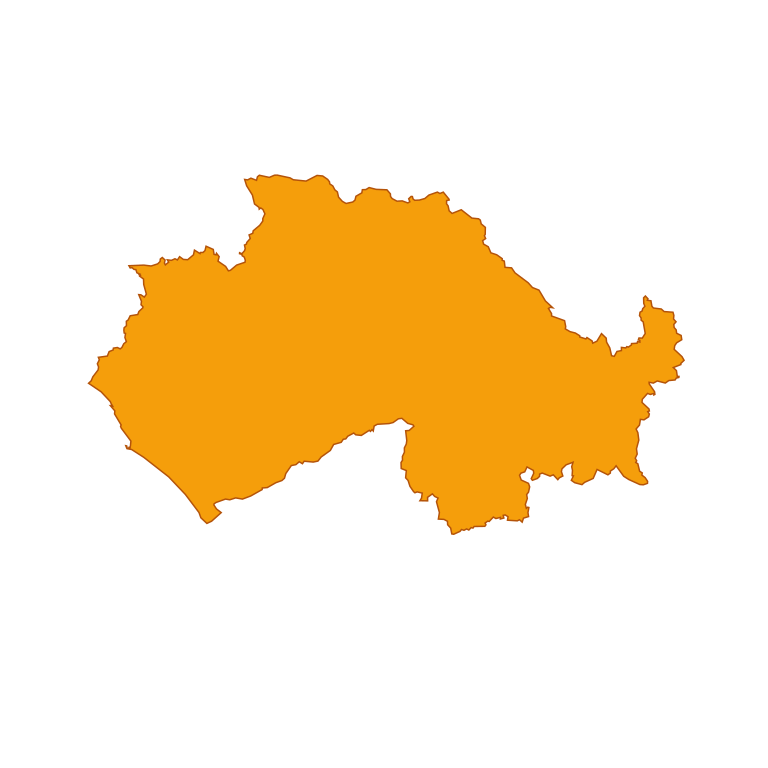 Molise, Campobasso, Italy, rotated 204°
{"feature_id": "23120603B60242334488993", "entity_name": "Molise", "entity_type": "district", "adm_level": 2, "iso_a3": "ITA", "parent_name": "Italy", "parent_adm1": "Campobasso", "projection": "robinson", "projection_center": [14.558, 41.717], "detail": "fine", "context": "isolated", "style": "filled", "palette": "amber", "viewbox_px": 768, "rotation_deg": 204, "n_neighbors": 0, "source": "geoboundaries", "source_scale": "gbopen_adm2", "svg_char_len": 6159}
<svg xmlns="http://www.w3.org/2000/svg" viewBox="0 0 768 768"><g transform="rotate(204 384 384)"><path d="M119.5,527.7L122.9,530.2L133.0,533.7L134.0,537.3L133.4,540.7L130.0,545.6L132.3,549.2L137.3,549.4L139.1,552.3L141.9,553.6L143.5,556.3L142.5,559.6L145.9,561.1L147.1,564.6L149.2,567.1L157.6,564.1L161.2,565.3L168.8,563.0L170.9,564.0L174.0,568.6L177.5,567.6L177.5,569.2L181.0,570.7L181.9,568.3L179.5,563.3L177.3,561.1L178.3,558.0L177.9,555.7L179.3,553.7L178.4,550.4L176.0,548.9L175.1,546.9L172.5,546.2L165.9,536.4L166.7,531.0L169.8,529.7L169.6,527.8L168.0,527.8L167.3,526.3L169.6,525.9L169.4,524.2L174.3,521.6L173.9,520.2L175.8,517.1L177.4,516.9L177.8,515.3L182.0,514.0L180.7,511.1L184.4,508.5L184.9,502.9L187.6,502.4L192.4,508.8L197.7,512.8L199.7,516.3L205.8,518.5L206.9,509.7L209.9,506.2L211.4,508.0L217.5,509.0L217.9,507.3L224.3,506.6L224.8,507.7L229.9,508.4L235.3,507.5L240.8,508.1L241.3,510.3L244.8,515.3L258.6,514.3L259.6,516.5L264.5,519.9L263.2,521.7L260.9,522.3L270.3,525.5L280.6,532.8L287.6,532.5L293.4,535.1L309.5,538.8L314.7,542.0L320.9,539.8L324.1,545.2L326.4,545.1L327.0,546.6L333.6,547.9L339.7,547.3L344.6,551.8L349.9,552.3L352.2,555.1L350.3,558.2L352.6,560.3L352.4,561.9L355.1,568.3L360.3,569.8L362.7,572.9L364.8,573.4L371.2,571.3L384.3,574.6L391.2,567.5L394.9,568.7L397.9,572.8L400.2,574.1L401.4,577.1L399.3,578.6L399.8,579.3L407.9,583.4L410.4,580.8L413.3,581.0L419.8,574.9L422.1,570.1L426.5,566.4L430.7,564.3L432.8,564.9L434.3,566.8L435.5,566.4L436.8,563.3L434.5,561.0L435.9,559.1L441.8,558.7L446.5,556.3L452.0,556.7L454.3,558.0L455.5,560.3L460.3,562.6L470.4,558.6L477.5,557.4L479.6,554.3L482.8,552.7L482.0,549.6L486.0,544.1L485.3,540.2L486.6,537.5L492.1,533.5L496.3,533.9L501.5,536.2L504.7,540.5L507.9,541.4L511.3,544.1L515.0,544.8L516.0,546.5L518.7,548.0L524.6,549.1L530.0,547.3L537.7,537.7L549.9,533.7L553.7,534.1L566.5,531.4L569.0,530.2L572.8,526.1L582.8,524.0L583.9,521.8L583.3,518.2L589.3,517.9L591.6,515.0L594.5,514.2L590.1,509.2L581.1,503.1L575.5,495.8L570.0,494.5L569.1,493.0L568.2,494.7L565.6,494.2L562.0,491.0L562.0,485.8L561.0,483.6L562.1,478.4L565.8,470.8L565.2,468.3L567.9,465.3L565.4,462.5L566.9,457.6L566.6,455.8L568.0,454.2L565.9,451.3L565.6,449.1L566.8,445.2L569.3,445.2L569.0,444.3L566.4,444.6L565.8,443.5L563.3,443.1L561.0,440.6L560.5,438.7L567.0,432.7L570.6,425.3L572.2,424.1L576.5,427.0L585.6,428.7L586.4,433.3L590.2,435.3L589.9,433.7L592.0,433.3L594.7,437.5L602.6,437.5L601.8,433.1L602.8,430.6L605.2,429.5L605.1,428.3L611.6,429.2L610.6,424.5L613.9,417.7L618.0,416.2L622.5,417.2L623.2,413.3L625.9,413.4L628.5,410.5L632.4,409.3L630.3,407.7L632.2,403.9L633.8,405.2L634.4,408.2L638.0,409.4L639.2,407.2L638.4,404.8L639.6,401.7L644.7,397.1L651.8,394.9L665.1,388.3L663.1,386.8L661.4,387.8L659.0,387.0L657.2,387.6L655.0,385.1L651.7,385.1L652.1,384.2L650.7,384.2L651.0,383.1L646.4,382.1L644.0,377.2L637.6,369.4L638.3,365.9L642.4,366.6L644.4,365.9L639.2,360.9L638.2,357.6L635.7,356.6L635.3,355.5L637.4,350.5L637.2,347.3L643.6,343.1L643.8,338.4L644.9,336.5L643.0,332.5L644.3,329.6L643.5,327.3L642.1,324.9L640.7,325.1L639.6,321.1L636.6,317.9L638.1,314.9L638.3,310.7L639.3,308.8L642.4,308.9L645.8,306.7L645.3,304.9L648.3,301.8L648.1,297.0L655.8,292.2L653.9,290.3L654.1,285.9L651.7,283.5L650.9,280.6L652.9,272.1L652.8,267.8L654.2,264.5L639.2,261.8L626.9,256.6L624.4,254.3L625.0,253.6L624.0,254.2L622.8,253.3L624.9,252.8L619.0,250.0L618.0,247.1L607.5,239.7L607.4,238.1L605.9,236.7L592.0,228.9L590.4,224.1L590.5,222.5L591.9,222.2L590.0,222.4L590.0,221.2L592.5,220.9L593.9,222.8L594.8,222.6L592.5,220.4L587.9,221.5L573.6,219.3L542.9,211.6L520.5,202.3L500.7,191.3L496.9,187.3L489.1,184.6L485.7,188.5L480.4,200.3L486.2,201.7L490.2,204.3L490.5,205.4L489.3,207.4L482.0,214.4L477.8,215.5L473.2,219.6L466.5,221.3L460.2,227.5L452.4,238.0L452.9,239.5L448.5,241.9L442.6,249.9L438.0,254.3L436.6,257.4L437.3,262.2L435.5,271.8L431.7,274.5L429.8,278.5L426.1,278.0L425.5,281.0L416.9,283.9L413.0,286.7L411.7,291.8L406.0,301.5L405.4,308.3L399.4,313.3L398.7,317.0L396.6,318.3L395.9,321.5L391.7,326.9L389.1,326.1L383.8,327.8L378.6,335.7L377.1,335.2L376.4,337.5L374.7,336.7L375.9,341.6L373.7,344.5L363.3,349.9L360.0,352.5L356.7,358.1L353.7,359.9L346.3,357.7L341.0,358.5L339.5,357.6L342.1,351.8L345.2,350.1L340.2,341.6L339.2,338.1L339.4,333.9L337.6,330.0L337.7,325.2L336.1,321.9L336.5,319.2L333.9,313.8L328.4,314.0L326.1,307.1L322.8,305.7L318.7,301.1L313.2,297.7L311.5,297.2L309.9,298.9L304.7,299.9L303.3,295.0L303.7,292.0L296.6,295.0L298.1,298.2L295.1,303.3L292.0,301.9L288.2,301.8L288.2,297.8L281.1,289.1L279.4,282.7L274.2,284.7L270.2,284.4L268.6,281.3L264.5,279.5L261.1,274.6L259.2,275.1L254.6,280.3L254.0,282.6L251.4,282.9L249.6,285.2L247.1,285.1L246.0,288.2L244.1,288.6L243.7,290.5L234.0,295.0L233.6,296.8L235.1,298.1L233.5,300.9L232.0,301.2L230.0,306.9L227.1,306.6L223.4,309.5L222.8,308.0L220.0,310.3L221.7,312.5L220.0,313.7L216.7,313.2L215.8,309.8L206.6,313.2L205.0,315.1L201.6,314.0L202.0,318.2L198.0,321.7L200.2,325.1L201.4,330.1L202.6,329.9L203.4,328.3L205.9,331.5L206.5,337.7L208.7,341.0L208.0,344.0L209.1,349.3L211.6,352.0L219.6,352.1L223.1,355.8L222.6,358.3L219.7,361.0L219.6,366.4L212.4,365.8L210.9,363.3L211.0,357.4L209.3,356.4L205.5,360.0L204.3,362.9L205.2,365.0L203.2,367.0L194.8,367.4L192.4,369.9L186.3,367.3L185.7,369.6L183.2,372.7L186.3,376.1L186.9,378.9L184.7,384.3L179.5,389.4L178.9,384.8L176.7,381.8L174.9,376.8L173.6,377.1L173.7,372.2L169.6,371.4L162.2,372.6L160.7,375.8L154.5,382.8L154.6,392.6L142.5,392.1L141.0,394.7L141.8,396.5L139.6,400.0L138.7,403.7L127.5,397.2L121.5,396.3L109.4,396.2L106.1,397.4L102.9,400.4L103.6,402.3L107.4,404.7L111.4,405.7L111.9,407.8L115.0,408.3L119.7,414.4L122.1,414.7L121.9,416.6L124.3,418.4L124.2,423.0L127.0,427.5L128.4,436.4L132.3,442.8L135.4,445.4L133.9,450.4L135.4,456.0L131.9,457.0L128.9,461.7L129.4,464.5L131.8,466.0L130.6,467.3L131.8,469.0L140.8,472.1L141.8,475.1L139.4,482.6L136.4,482.8L133.6,485.2L133.0,483.8L132.3,484.7L133.7,487.0L141.8,492.0L142.5,493.4L138.3,494.4L135.6,497.9L127.4,499.3L125.2,503.0L119.7,506.1L119.4,508.3L117.3,509.9L117.6,510.9L119.2,510.3L122.3,515.2L126.4,516.7L120.7,522.5L121.2,523.5L119.5,527.7Z" fill="#f59e0b" stroke="#b45309" stroke-width="1.5"/></g></svg>